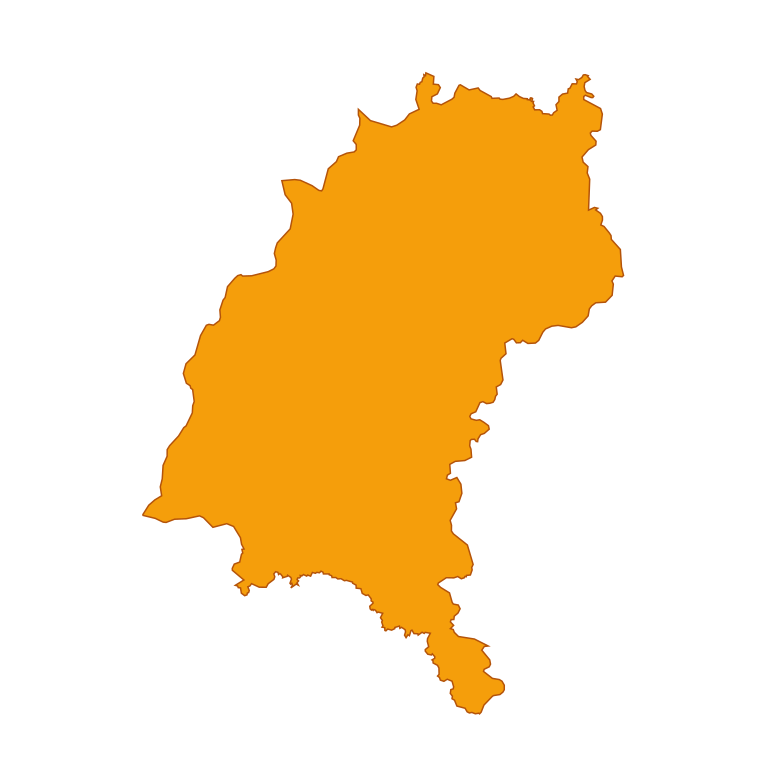 the district of Sanggau, Kalimantan Barat, Indonesia, rotated 184°
{"feature_id": "22746128B74989070523542", "entity_name": "Sanggau", "entity_type": "district", "adm_level": 2, "iso_a3": "IDN", "parent_name": "Indonesia", "parent_adm1": "Kalimantan Barat", "projection": "albers", "projection_center": [110.5, 0.351], "detail": "fine", "context": "isolated", "style": "filled", "palette": "amber", "viewbox_px": 768, "rotation_deg": 184, "n_neighbors": 0, "source": "geoboundaries", "source_scale": "gbopen_adm2", "svg_char_len": 6138}
<svg xmlns="http://www.w3.org/2000/svg" viewBox="0 0 768 768"><g transform="rotate(184 384 384)"><path d="M261.8,129.9L276.0,135.9L292.1,137.3L296.6,141.2L297.8,143.9L300.7,144.6L297.7,148.1L301.2,151.3L300.6,153.7L297.9,153.9L297.7,157.3L294.2,160.7L292.4,165.1L294.5,168.7L299.5,169.3L300.8,171.0L304.1,180.2L313.3,185.0L316.4,187.6L315.9,189.3L308.3,195.1L300.8,195.5L297.0,197.1L293.3,195.1L290.4,196.3L289.9,197.6L288.5,197.5L288.4,198.8L284.5,199.5L283.1,204.7L283.7,207.1L282.5,210.2L289.6,229.2L304.3,239.3L306.5,242.1L306.8,247.8L308.5,252.6L302.9,264.5L304.4,270.5L301.0,271.8L298.7,280.4L300.3,289.4L304.8,295.8L311.1,292.6L315.1,293.8L314.4,297.5L311.5,299.6L312.8,308.4L307.5,311.8L298.0,313.3L291.5,317.1L292.7,325.0L294.2,328.3L294.1,333.5L293.0,334.8L289.9,335.2L288.0,333.1L286.6,333.0L286.4,335.8L284.1,340.2L280.5,341.7L275.9,346.3L276.9,349.7L281.6,352.7L286.0,355.0L289.4,354.2L294.8,355.3L296.2,357.7L295.0,360.4L290.5,362.7L287.0,372.1L284.1,373.3L280.3,371.6L277.0,372.2L273.9,373.4L272.4,376.2L271.9,379.5L270.4,381.7L271.8,388.9L267.6,391.6L265.6,396.3L269.7,415.6L269.1,417.8L264.4,422.7L266.4,433.3L259.4,438.1L257.6,437.6L254.8,434.3L250.9,434.7L248.7,437.3L243.3,434.5L235.8,435.4L232.7,438.3L229.2,446.7L226.7,450.2L220.6,453.4L214.4,454.6L200.9,453.2L196.6,454.4L190.4,459.4L185.1,466.2L184.4,473.2L182.3,476.5L178.4,479.8L168.7,481.1L162.6,488.4L162.2,499.6L163.8,502.7L160.9,507.8L153.9,507.6L152.6,509.0L155.3,517.3L157.6,534.7L167.3,544.1L167.9,547.9L169.6,550.2L175.5,556.5L178.8,557.8L177.5,562.8L177.8,566.3L180.0,569.4L185.0,572.4L183.0,574.2L186.4,574.8L192.1,571.7L193.1,602.7L196.0,608.7L195.7,615.1L200.8,619.2L202.3,624.2L196.4,632.1L189.4,637.2L189.4,641.0L195.0,646.5L195.7,648.8L194.0,650.8L188.8,651.0L185.9,652.8L185.0,668.5L187.2,673.9L204.6,681.7L204.8,684.7L203.3,686.1L197.4,684.2L195.7,684.3L194.8,685.7L197.0,687.8L202.3,688.9L204.0,691.0L205.1,694.7L204.7,698.6L199.6,702.3L202.4,705.0L201.8,705.8L204.9,706.6L206.7,706.2L208.0,703.6L211.1,701.2L213.8,701.6L212.3,699.1L212.9,696.8L217.2,696.6L219.2,692.0L220.8,691.3L221.1,687.0L226.1,685.7L229.5,682.4L229.2,678.0L231.9,674.6L230.4,669.1L233.7,666.4L234.8,664.1L236.7,663.7L238.2,664.8L244.7,664.8L245.5,667.0L247.9,668.4L252.8,668.0L254.5,670.8L253.3,672.0L254.9,674.7L254.5,676.3L256.3,676.2L255.7,679.1L256.5,679.6L257.5,679.7L257.9,677.7L258.3,678.4L258.6,677.5L260.9,677.7L260.9,678.6L264.9,678.6L269.0,680.2L272.5,682.6L274.7,680.0L278.8,677.9L285.2,676.2L288.0,676.2L289.1,677.3L296.2,676.5L297.1,678.2L308.6,683.5L310.7,685.9L319.6,683.3L328.7,687.8L330.0,687.2L333.6,679.1L334.1,674.9L336.2,672.8L346.4,666.5L351.2,667.7L354.6,667.5L356.4,669.6L356.3,673.9L351.0,677.1L348.5,683.6L350.6,686.4L355.7,686.6L355.7,694.3L363.9,697.3L364.1,694.5L365.8,695.3L365.4,693.2L366.7,691.9L367.3,688.2L368.9,687.4L369.5,685.5L371.7,685.6L372.7,682.2L371.4,678.8L372.1,670.1L368.1,660.5L377.5,655.2L381.8,648.8L389.4,643.0L394.4,641.0L415.9,645.8L428.7,656.2L428.3,650.5L426.6,647.4L426.3,640.5L431.7,624.5L428.4,621.0L428.0,615.6L430.0,613.4L437.1,611.7L445.2,607.6L447.0,602.5L454.6,594.8L458.5,574.4L459.7,572.3L462.5,572.6L469.5,576.8L481.7,581.4L487.3,581.7L500.1,579.7L495.8,565.9L488.8,557.9L486.5,547.1L488.4,532.2L500.3,517.3L501.6,512.3L502.5,506.5L500.2,500.1L500.0,494.2L501.9,491.2L507.3,488.0L523.6,482.7L532.6,481.8L534.3,483.1L537.5,481.9L540.2,479.1L546.9,470.2L548.5,459.2L550.4,456.4L552.9,446.5L551.8,439.1L552.6,435.7L558.2,430.8L562.8,431.3L565.3,430.2L570.4,419.5L574.6,399.8L582.9,390.4L584.9,380.5L581.2,371.0L577.3,368.8L576.5,366.4L574.5,365.1L572.1,353.3L573.3,349.0L573.2,341.8L578.5,328.4L580.7,326.5L585.3,317.8L593.5,307.6L595.7,303.4L595.3,296.8L598.7,287.4L598.6,273.9L600.0,265.8L598.0,257.0L604.4,252.5L610.2,246.7L615.4,237.0L615.2,236.1L602.8,234.0L594.7,230.8L591.7,230.7L583.5,234.5L571.8,235.8L558.8,239.6L554.7,238.0L544.7,229.1L531.1,233.7L524.1,231.4L516.5,220.7L514.9,214.2L512.1,209.6L514.2,209.1L513.1,205.5L514.3,204.2L515.5,196.3L520.8,193.9L522.5,189.5L522.3,187.6L510.1,178.7L518.3,172.8L515.9,172.3L515.2,170.7L512.9,170.6L511.7,165.4L508.2,163.1L506.0,164.1L505.7,166.0L504.5,166.5L504.0,168.6L505.7,172.2L503.7,173.2L502.2,175.6L494.3,172.6L487.3,173.0L485.6,176.7L480.2,181.4L479.5,184.1L480.7,186.9L479.0,189.2L476.6,188.7L475.9,186.6L474.7,187.6L473.8,187.1L471.5,184.6L471.6,183.6L467.1,185.4L466.8,186.5L463.5,184.6L462.7,182.9L463.9,178.7L463.1,177.8L462.1,178.8L461.3,176.8L462.7,174.1L457.6,178.3L455.5,177.4L456.9,179.6L455.5,181.6L457.1,182.9L456.5,184.5L454.7,184.7L453.5,186.3L454.1,187.1L452.1,187.1L451.1,188.3L447.7,187.0L446.9,188.1L443.8,187.2L442.3,191.0L439.2,190.4L437.9,191.4L435.2,191.2L433.8,192.9L431.7,192.0L431.2,190.3L425.5,190.7L425.4,189.9L422.9,189.1L422.3,187.3L418.5,187.6L416.5,186.3L413.3,186.8L409.8,185.0L407.7,185.5L401.6,184.2L401.4,183.1L397.8,181.4L397.5,178.4L392.8,178.2L391.1,173.6L387.3,171.8L385.0,172.5L381.8,168.8L381.7,166.8L379.8,165.7L379.7,164.5L382.7,161.3L382.1,158.7L380.8,157.6L380.0,158.3L379.0,157.4L378.4,158.3L376.6,157.6L375.0,155.4L374.0,156.1L369.3,155.2L371.2,150.6L369.1,148.0L369.7,146.4L368.2,142.8L369.0,141.3L366.3,141.0L365.9,138.2L364.9,137.9L363.2,139.8L359.2,139.0L356.2,140.7L356.2,141.9L351.7,143.6L351.1,141.4L349.5,142.5L345.8,140.4L345.2,138.2L346.0,134.9L344.3,132.5L342.6,135.6L341.1,134.7L339.9,139.9L338.9,140.4L336.7,137.1L332.8,137.2L332.4,135.9L328.7,139.0L326.5,138.0L325.6,139.1L320.4,138.6L322.8,133.1L322.9,130.4L321.1,125.0L324.3,122.0L324.2,120.4L321.5,117.5L317.8,117.0L317.0,118.2L314.3,115.5L314.3,113.9L316.9,112.1L315.9,111.5L315.5,109.1L311.0,107.1L309.4,104.5L308.8,98.2L310.2,96.4L308.2,95.1L307.1,92.5L303.5,91.6L300.3,93.9L295.4,92.3L293.4,86.8L293.7,84.7L296.0,83.8L296.3,80.0L294.0,77.4L294.2,74.8L291.6,73.5L288.8,67.8L280.5,66.2L278.2,62.8L275.9,61.8L273.4,62.5L269.9,61.4L266.5,62.2L265.7,61.6L264.2,63.4L261.9,70.7L254.4,79.7L253.1,80.8L246.7,82.3L243.9,84.9L242.7,87.4L243.0,91.9L245.5,95.7L248.3,97.2L255.3,97.9L264.7,104.2L264.2,106.4L259.3,109.2L258.2,112.0L259.3,116.2L267.9,125.3L265.6,129.2L261.8,129.9Z" fill="#f59e0b" stroke="#b45309" stroke-width="1.5"/></g></svg>